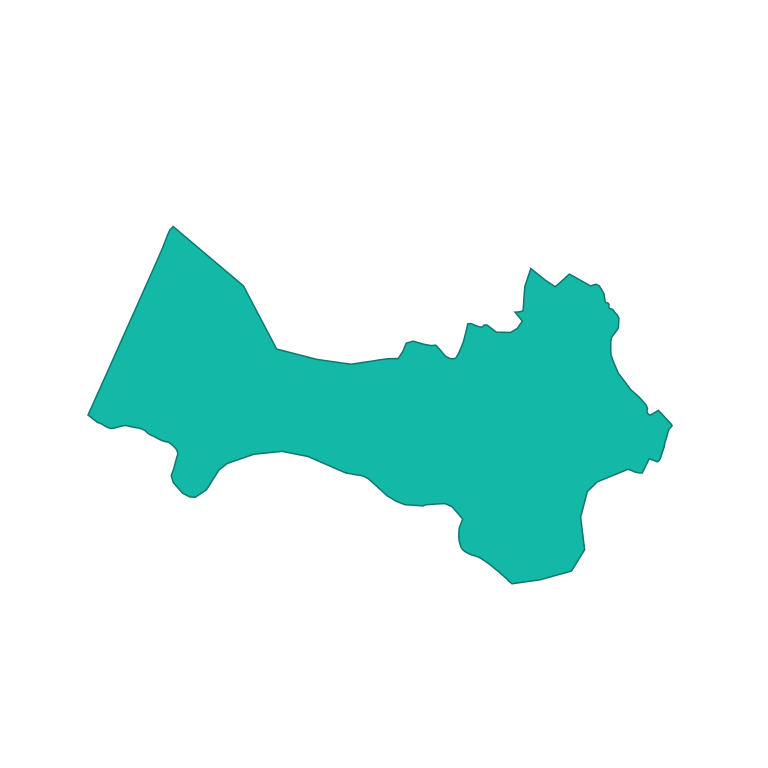 outline of Saqin, Sa`dah, Yemen, rotated 129°
{"feature_id": "15242507B44237665414324", "entity_name": "Saqin", "entity_type": "district", "adm_level": 2, "iso_a3": "YEM", "parent_name": "Yemen", "parent_adm1": "Sa`dah", "projection": "robinson", "projection_center": [43.467, 16.799], "detail": "fine", "context": "isolated", "style": "filled", "palette": "teal", "viewbox_px": 768, "rotation_deg": 129, "n_neighbors": 0, "source": "geoboundaries", "source_scale": "gbopen_adm2", "svg_char_len": 3567}
<svg xmlns="http://www.w3.org/2000/svg" viewBox="0 0 768 768"><g transform="rotate(129 384 384)"><path d="M182.1,253.6L183.3,255.9L183.1,257.2L182.3,258.1L180.8,259.0L180.3,259.6L180.2,261.0L181.0,262.7L181.0,263.4L180.7,264.0L175.4,269.9L172.3,278.2L172.4,278.6L173.0,282.0L177.8,285.2L181.9,309.1L200.7,312.1L200.7,312.3L201.8,324.1L201.9,342.5L218.9,336.2L219.3,336.0L219.6,335.8L225.8,331.7L226.0,331.5L236.3,324.3L239.5,322.1L241.1,322.9L241.6,323.2L242.0,323.6L242.4,323.9L242.8,324.3L243.2,324.7L243.6,325.1L243.9,325.5L244.5,325.9L244.7,326.3L245.1,326.7L245.5,327.1L245.7,327.4L248.1,316.0L252.1,315.8L255.3,315.5L256.9,315.3L257.0,315.4L263.3,317.7L264.5,318.3L267.2,321.8L273.0,329.3L273.1,333.6L273.3,341.0L273.8,341.6L275.1,343.2L278.1,343.6L278.5,344.3L279.6,345.9L280.3,347.9L280.5,348.4L281.3,351.0L281.8,352.6L281.9,352.9L282.0,353.8L283.0,355.3L284.6,356.8L286.1,356.0L286.9,355.5L287.2,355.4L292.8,352.7L301.2,348.9L306.9,347.1L314.1,345.1L318.1,344.6L319.5,344.9L321.1,346.4L322.7,348.9L323.7,353.3L323.5,355.0L323.5,355.4L322.8,358.7L322.1,362.1L321.5,365.7L321.5,366.7L321.4,368.4L324.4,371.4L325.1,372.7L325.7,373.7L326.2,374.7L327.9,377.8L330.2,383.1L332.4,388.3L338.3,392.4L339.0,392.2L347.2,389.8L355.3,389.0L356.6,390.6L362.0,397.0L369.4,403.9L370.3,404.6L389.4,422.1L394.4,430.3L395.6,432.4L407.1,451.6L424.4,489.5L396.2,555.0L394.8,623.6L394.3,647.0L394.6,646.9L398.9,647.4L403.6,646.2L408.1,644.8L418.0,641.6L434.3,637.1L465.4,628.8L466.4,628.5L502.6,618.9L549.3,606.4L594.4,594.5L594.3,591.4L594.2,582.0L593.5,581.1L592.7,578.1L592.3,574.8L591.8,571.7L590.7,568.6L588.6,566.3L586.0,564.5L583.6,562.7L580.8,560.6L578.6,558.4L577.1,555.2L575.7,552.3L574.2,549.5L572.5,546.7L571.2,543.4L570.6,540.1L570.9,536.9L570.6,533.5L569.6,530.3L569.1,527.2L568.5,524.1L567.6,520.8L566.4,517.7L564.9,514.8L564.8,513.6L564.6,511.4L564.8,508.3L565.3,504.9L565.7,504.0L566.5,502.0L568.6,499.9L571.5,498.9L582.4,494.0L589.1,491.7L593.2,485.7L595.7,471.7L593.9,463.7L590.8,459.4L577.9,455.4L554.6,458.1L544.6,455.9L520.3,440.8L500.5,420.8L488.2,397.5L477.2,357.7L468.5,342.1L467.5,336.2L468.0,326.6L468.9,311.1L467.5,301.0L464.7,291.9L454.1,276.9L451.5,275.5L447.1,270.7L444.3,267.8L442.0,265.2L438.6,261.4L436.5,254.0L437.7,247.3L439.4,238.0L448.8,234.8L449.1,234.6L452.2,232.4L455.4,229.9L458.3,227.2L460.4,224.5L462.2,221.7L462.6,220.6L462.7,220.3L463.3,218.4L463.2,215.2L463.1,214.2L462.5,211.1L461.9,209.2L461.6,208.0L460.4,205.3L460.1,204.6L459.7,203.6L459.0,201.5L458.5,198.4L458.3,196.4L458.1,194.7L457.9,191.4L457.8,191.1L457.7,188.0L457.7,184.5L457.8,180.9L457.7,177.1L457.9,173.4L458.0,169.7L458.2,166.0L458.6,162.8L458.7,158.8L438.2,139.7L411.4,120.6L408.8,120.9L387.9,123.6L386.5,123.8L370.4,140.5L369.5,141.4L363.6,147.5L357.2,150.3L343.9,156.4L339.6,158.3L339.2,158.2L335.7,157.8L325.7,156.6L297.6,141.2L296.4,139.7L295.7,138.2L294.6,133.9L292.8,130.2L290.6,127.3L275.2,130.8L272.5,122.7L271.5,122.2L270.1,122.1L268.5,122.3L267.0,122.7L265.2,123.4L262.2,124.6L258.9,125.8L257.0,126.5L254.4,127.9L252.2,129.0L248.2,130.6L245.6,131.7L240.9,133.8L235.0,133.9L234.4,135.9L234.3,136.0L231.8,154.1L239.2,156.9L240.0,157.2L241.0,158.1L241.0,160.4L240.0,162.4L237.4,163.6L235.4,166.8L233.7,176.7L233.4,182.2L233.1,188.7L232.8,189.7L232.0,192.9L230.4,199.4L228.2,208.4L228.1,208.7L224.8,215.0L221.9,220.5L221.6,221.0L220.6,222.5L218.8,225.6L216.1,228.1L208.8,234.1L205.1,236.2L205.0,236.3L203.0,236.6L195.0,236.8L192.8,237.2L189.9,239.3L185.2,242.7L183.5,246.1L183.2,248.8L182.1,253.6Z" fill="#14b8a6" stroke="#0f766e" stroke-width="1.5"/></g></svg>